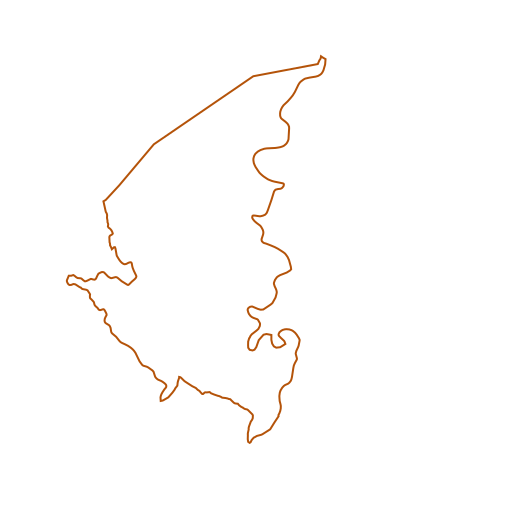 Nichula, Geylegphug, Bhutan, rotated 145°
{"feature_id": "84629894B33123696098059", "entity_name": "Nichula", "entity_type": "district", "adm_level": 2, "iso_a3": "BTN", "parent_name": "Bhutan", "parent_adm1": "Geylegphug", "projection": "natural_earth1", "projection_center": [89.979, 26.796], "detail": "fine", "context": "isolated", "style": "outline", "palette": "amber", "viewbox_px": 512, "rotation_deg": 145, "n_neighbors": 0, "source": "geoboundaries", "source_scale": "gbopen_adm2", "svg_char_len": 6154}
<svg xmlns="http://www.w3.org/2000/svg" viewBox="0 0 512 512"><g transform="rotate(145 256 256)"><path d="M343.8,105.9L336.3,109.1L329.4,111.8L328.9,112.8L327.0,113.8L325.0,115.2L323.2,116.9L321.7,118.9L321.0,120.4L319.8,123.6L318.5,125.8L317.2,127.9L314.9,130.4L313.0,131.8L310.0,133.1L307.7,133.6L306.1,133.6L303.0,133.0L301.4,133.1L299.1,133.8L297.7,134.7L295.9,136.3L289.6,142.9L287.8,144.6L285.7,145.9L282.1,147.7L281.5,148.2L281.1,148.9L279.6,153.0L279.2,153.6L277.3,155.2L273.8,157.2L272.5,158.1L268.9,161.6L268.4,162.2L268.0,163.9L267.8,168.2L268.0,170.8L268.7,173.3L269.4,174.8L270.9,176.8L272.8,178.4L274.2,179.3L276.4,180.1L278.0,180.3L280.4,180.1L281.9,179.3L282.5,178.8L282.9,178.1L283.0,177.3L282.6,174.7L281.7,170.5L281.7,169.6L282.4,167.1L288.5,167.4L292.0,169.3L293.2,171.7L293.0,175.0L291.5,178.5L288.7,182.5L290.5,184.4L292.2,186.1L295.0,187.2L302.0,185.5L308.0,181.2L311.0,180.1L313.0,180.6L315.0,182.8L315.0,185.3L313.7,187.4L311.5,190.4L308.7,192.6L308.0,192.7L306.6,193.6L304.4,194.3L298.3,194.6L295.9,194.9L293.1,196.4L292.0,197.6L291.5,198.3L291.3,199.1L291.0,202.6L291.2,203.4L293.6,206.8L294.4,208.3L294.9,210.0L295.0,212.5L294.7,214.2L293.8,216.6L293.2,217.2L292.5,217.6L291.7,217.8L290.1,217.8L288.7,217.2L288.0,216.7L284.9,211.7L283.4,209.8L282.8,209.2L280.7,208.0L272.0,207.8L269.6,208.0L263.8,210.8L261.3,212.9L260.1,214.0L259.6,214.7L258.9,216.3L258.5,217.9L258.1,220.4L257.3,222.9L256.8,223.6L256.2,224.1L254.2,225.5L251.2,226.6L249.6,226.7L247.2,226.5L240.3,224.8L236.3,224.6L234.8,225.0L233.6,227.3L231.3,233.7L230.7,237.0L230.7,239.6L230.8,241.3L231.3,243.0L232.2,245.3L233.8,249.2L235.5,252.5L237.7,256.0L240.5,260.2L242.1,262.2L242.4,262.9L242.7,264.6L242.5,265.4L241.8,266.6L237.9,269.5L236.7,270.7L235.9,272.1L235.4,273.7L235.1,276.3L235.1,278.0L235.3,278.9L236.6,282.9L237.2,285.4L237.4,288.0L237.3,288.8L237.1,289.6L236.5,290.3L235.9,290.8L235.1,290.8L233.8,289.8L230.2,286.4L229.6,286.0L227.3,285.1L225.0,284.6L224.2,284.7L222.6,285.1L221.9,285.5L219.9,286.8L211.3,293.0L204.2,298.5L202.7,299.0L201.9,299.1L199.7,298.3L197.5,297.1L196.8,296.9L196.0,296.8L195.2,296.9L193.7,297.3L193.0,297.7L192.0,298.8L192.0,299.6L192.4,300.2L198.2,306.3L199.8,308.2L201.2,310.3L202.1,311.7L202.8,313.3L204.0,316.4L204.5,318.0L205.1,320.5L205.4,322.2L205.4,324.8L205.3,329.1L204.9,331.6L204.5,333.3L203.4,335.6L202.5,337.0L201.3,338.1L200.0,339.1L198.5,339.8L197.8,340.1L194.6,340.5L191.5,340.2L187.7,339.1L185.5,338.0L178.0,333.3L175.8,332.2L173.6,331.2L171.3,330.5L169.7,330.3L167.3,330.5L165.8,330.9L163.7,332.0L162.4,333.0L155.7,341.5L154.8,342.9L154.4,344.6L154.3,346.3L154.8,348.8L156.3,353.7L156.4,354.6L156.3,355.4L155.8,357.0L154.4,359.1L153.3,360.3L151.3,361.8L149.2,362.9L146.9,363.7L141.4,364.5L136.8,365.6L133.7,366.5L130.0,368.1L123.0,372.0L120.8,372.9L119.2,373.2L116.0,373.3L114.5,373.2L113.7,373.0L110.0,371.5L104.2,368.7L101.9,367.9L99.6,367.7L98.0,367.8L96.4,368.3L94.3,369.4L89.8,373.0L89.3,373.5L86.1,377.4L87.3,379.9L88.2,382.3L89.8,380.7L91.9,379.9L95.3,377.8L155.1,404.8L275.6,406.1L327.6,392.3L347.0,388.1L349.6,388.3L353.7,378.4L353.9,376.4L354.5,374.9L356.2,372.7L357.5,369.9L358.2,369.0L358.5,367.8L358.9,366.7L360.4,365.1L360.5,363.7L360.0,362.4L359.8,361.3L359.7,359.8L360.0,358.0L360.4,356.6L361.2,356.2L363.9,356.4L364.7,356.1L365.3,355.6L368.1,351.2L368.3,350.4L368.7,349.5L369.4,348.5L369.7,346.3L370.2,344.2L367.2,344.6L366.5,344.1L366.8,342.8L369.6,336.8L369.9,336.0L370.1,333.4L370.2,330.8L370.1,329.1L369.8,327.4L369.2,325.8L368.8,325.1L368.2,324.5L366.7,323.9L364.3,323.6L362.8,323.1L362.1,322.6L361.9,321.9L362.1,321.0L363.2,318.7L363.8,317.1L364.6,313.8L365.4,308.7L365.7,307.9L366.3,307.4L367.0,307.0L368.6,306.6L372.5,306.2L376.4,305.5L377.3,305.6L377.8,306.1L380.5,312.4L381.8,317.3L382.1,318.1L382.6,318.8L383.2,319.3L387.0,320.7L387.6,321.2L388.4,322.6L389.0,324.2L389.8,329.3L390.1,330.1L391.3,331.2L392.8,331.6L395.2,331.9L397.4,330.8L400.1,329.2L401.7,329.1L402.9,330.2L403.9,331.5L404.5,332.0L408.5,332.6L410.0,333.0L410.7,333.4L411.3,335.0L411.9,337.5L412.3,338.2L414.8,340.3L415.5,341.9L415.9,343.5L416.5,345.1L417.2,345.4L418.7,345.8L420.7,347.2L424.8,344.6L425.3,344.0L425.6,343.2L425.8,342.4L425.9,340.6L425.7,339.8L425.3,339.1L423.9,338.3L421.7,337.8L420.9,337.1L420.2,336.3L418.3,331.6L417.6,330.6L417.4,329.1L417.0,328.4L414.4,325.7L413.7,324.5L413.8,321.2L413.9,319.8L414.8,318.8L415.7,317.5L416.1,316.4L415.7,314.8L415.3,311.8L415.3,311.1L416.1,309.1L416.3,308.2L416.2,306.9L415.6,304.4L415.6,302.3L415.0,301.3L414.4,300.9L412.1,300.2L411.4,299.8L411.1,299.0L411.2,297.3L411.6,294.7L411.9,293.9L412.3,293.3L414.5,292.2L415.9,291.3L417.0,290.1L417.4,289.4L417.7,288.5L417.7,287.7L417.5,286.9L416.1,283.7L416.0,282.9L416.0,282.1L416.4,280.4L417.9,277.4L418.2,276.6L418.3,275.7L418.2,274.9L416.9,270.0L416.6,264.8L416.3,263.1L415.6,261.6L413.9,258.7L412.3,255.7L411.1,252.5L410.5,250.0L410.3,248.3L410.3,245.8L411.8,236.5L411.7,232.2L411.5,231.4L411.1,230.6L409.0,228.0L408.2,226.5L406.5,221.7L406.3,220.0L407.3,216.8L407.8,215.1L407.9,214.3L407.7,212.6L407.2,211.0L405.4,208.1L404.7,206.6L403.9,204.2L403.6,202.5L403.7,201.6L404.1,200.9L404.6,200.3L405.3,199.9L407.6,199.3L410.6,198.1L412.8,197.0L414.1,196.1L415.3,195.0L417.2,191.9L415.6,191.2L414.8,191.0L408.9,190.5L402.8,192.0L399.3,193.2L398.1,193.9L394.8,194.9L392.8,197.2L391.6,198.3L388.8,200.3L388.3,201.0L387.5,200.1L387.2,199.2L386.4,194.7L385.9,193.3L382.9,185.9L381.0,182.4L380.5,179.7L380.0,178.7L379.6,177.3L379.6,176.1L379.2,173.8L378.4,173.3L376.6,173.6L375.9,173.5L374.4,172.4L372.0,171.1L371.6,169.4L369.8,166.6L367.9,164.0L367.4,163.3L366.7,162.6L365.6,160.9L365.0,159.4L362.5,157.2L361.0,155.6L360.3,154.5L359.2,153.4L359.0,151.9L358.3,148.4L357.8,147.4L356.8,146.4L355.6,145.4L355.5,143.5L354.6,140.8L353.7,139.3L353.6,138.6L352.8,137.0L351.3,135.4L350.9,134.4L349.8,128.2L350.0,127.2L351.7,125.0L353.1,124.1L355.3,123.3L359.6,120.3L360.8,119.2L361.4,118.2L363.8,116.0L364.9,114.8L365.2,114.2L367.8,110.7L369.0,108.3L368.4,106.6L367.1,106.6L365.2,107.7L363.3,108.2L361.9,108.5L361.0,108.3L358.5,108.1L354.1,106.5L352.8,106.3L343.8,105.9Z" fill="none" stroke="#b45309" stroke-width="2"/></g></svg>